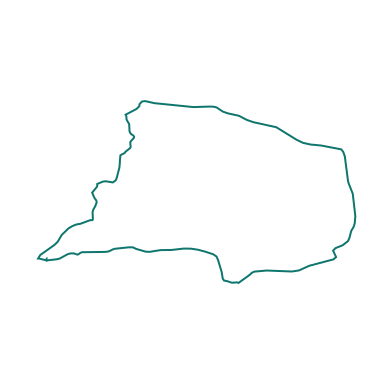 an SVG outline of Upper Demerara-Berbice, rotated 264°
{"feature_id": "GUY-673", "entity_name": "Upper Demerara-Berbice", "entity_type": "Region", "adm_level": 1, "iso_a3": "GUY", "parent_name": "Guyana", "parent_adm1": "", "projection": "natural_earth1", "projection_center": [-58.308, 5.539], "detail": "fine", "context": "isolated", "style": "outline", "palette": "teal", "viewbox_px": 384, "rotation_deg": 264, "n_neighbors": 0, "source": "natural_earth", "source_scale": "10m", "svg_char_len": 1982}
<svg xmlns="http://www.w3.org/2000/svg" viewBox="0 0 384 384"><g transform="rotate(264 192 192)"><path d="M138.9,40.5L140.6,40.4L139.5,39.3L142.0,32.4L142.0,32.1L145.2,34.5L153.6,49.4L155.4,51.9L157.0,53.6L163.0,58.0L168.8,65.5L170.6,69.5L171.5,72.4L171.8,74.2L172.0,75.7L172.0,76.8L172.1,77.9L174.6,87.6L174.6,88.5L174.4,90.0L174.9,90.4L175.7,90.6L182.2,91.0L183.9,91.6L185.1,92.2L187.7,94.1L191.6,96.1L192.4,96.1L193.6,95.9L196.2,94.4L201.8,92.6L206.8,97.7L207.7,98.3L209.9,98.6L211.6,104.2L211.7,107.3L209.8,114.3L211.5,117.3L213.6,118.5L223.7,122.3L228.4,123.3L229.6,123.4L235.9,124.6L236.6,125.8L237.6,128.7L239.3,130.5L242.1,135.0L243.1,135.6L244.3,135.8L245.8,135.7L247.9,135.8L249.2,136.8L251.9,139.9L253.0,140.2L254.1,139.7L255.0,138.7L255.8,137.7L257.0,136.8L258.8,136.2L265.5,136.6L266.6,136.4L270.1,134.8L271.1,134.5L274.2,134.6L275.8,134.0L280.4,145.5L282.8,148.5L284.8,149.0L287.1,151.5L287.3,153.0L287.3,154.5L287.0,155.9L284.3,163.8L276.3,202.3L275.1,218.8L274.5,222.6L273.6,225.2L268.8,231.0L266.5,235.8L262.9,246.6L258.0,254.0L255.0,260.4L247.6,282.6L233.0,301.5L229.3,307.5L226.9,314.6L224.7,325.4L218.8,344.9L216.1,346.6L211.5,347.7L186.5,348.3L184.3,348.7L173.4,351.7L150.9,351.9L144.0,350.6L140.9,349.4L138.8,347.9L137.7,347.0L136.1,346.1L129.7,343.7L129.1,343.3L126.9,342.0L123.3,336.3L121.2,328.9L119.0,326.2L112.2,328.5L110.2,325.6L106.4,301.0L102.8,290.1L102.5,283.0L106.1,258.0L106.3,245.6L105.3,242.9L103.7,240.9L96.7,228.7L97.4,227.5L97.5,226.1L97.4,224.5L97.6,222.6L98.1,220.9L99.5,218.1L100.6,214.6L102.7,213.5L108.8,213.2L121.7,210.8L125.3,209.6L127.9,206.5L131.3,198.9L134.0,191.8L135.8,184.8L136.6,177.5L136.5,165.6L137.5,154.5L136.9,143.6L137.5,139.7L141.2,130.6L143.2,127.3L143.6,123.2L143.6,109.1L143.2,107.3L141.6,103.1L141.5,99.5L143.6,76.4L143.2,74.8L142.3,73.2L141.7,71.8L142.1,70.5L142.8,69.3L143.3,67.9L143.5,66.3L143.6,64.7L143.1,61.7L139.6,53.4L139.2,50.1L139.2,42.4L138.9,40.5Z" fill="none" stroke="#0f766e" stroke-width="2"/></g></svg>